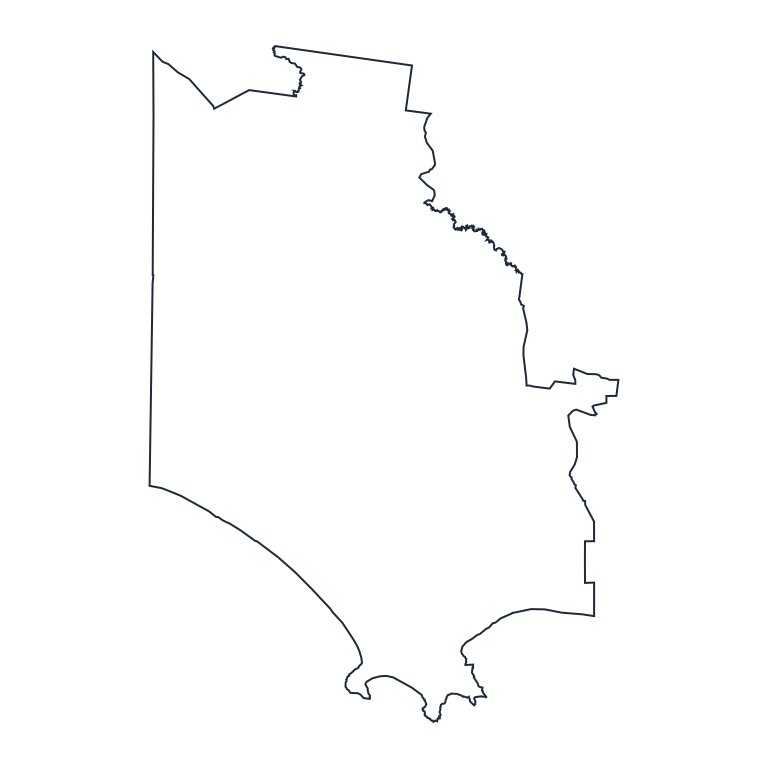 Glenelg, Victoria, Australia
{"feature_id": "25037944B68247262621131", "entity_name": "Glenelg", "entity_type": "district", "adm_level": 2, "iso_a3": "AUS", "parent_name": "Australia", "parent_adm1": "Victoria", "projection": "mercator", "projection_center": [141.502, -37.891], "detail": "fine", "context": "isolated", "style": "outline", "palette": "slate", "viewbox_px": 768, "rotation_deg": 0, "n_neighbors": 0, "source": "geoboundaries", "source_scale": "gbopen_adm2", "svg_char_len": 6056}
<svg xmlns="http://www.w3.org/2000/svg" viewBox="0 0 768 768"><path d="M412.0,65.5L275.1,46.1L274.5,47.7L273.6,47.4L273.0,48.4L274.0,48.8L273.2,50.2L274.5,51.1L273.8,52.4L274.8,53.3L274.5,55.1L275.0,55.9L280.8,57.7L283.4,56.7L285.5,57.3L286.3,59.1L288.6,58.8L289.7,61.8L291.3,63.0L295.0,63.6L297.3,67.0L299.3,67.2L301.2,68.7L301.4,69.4L300.1,72.1L300.3,73.0L303.7,73.6L304.4,74.4L304.3,75.1L302.2,76.1L299.9,79.7L301.1,82.1L300.6,83.7L299.8,83.4L299.7,84.3L301.5,85.4L299.4,86.6L300.0,88.2L298.9,88.4L298.5,91.5L297.9,91.9L297.3,90.7L297.5,91.9L296.2,92.1L295.2,90.9L294.1,90.8L294.5,91.2L293.6,92.5L293.6,94.3L295.5,95.5L296.2,95.3L296.2,96.5L249.1,90.1L214.2,108.7L213.3,106.1L189.2,79.0L178.1,72.5L168.2,64.0L162.6,61.8L153.2,52.0L153.5,116.3L152.7,274.9L153.4,275.2L152.6,283.1L149.6,485.8L161.9,488.2L180.4,495.6L209.1,511.4L215.8,516.8L218.3,517.2L223.2,520.6L229.5,523.5L240.2,530.1L254.9,540.7L257.1,541.4L278.4,557.5L295.3,572.4L311.6,588.8L330.0,608.4L333.0,612.6L342.3,622.7L353.1,639.0L356.9,645.5L359.3,650.9L361.4,658.1L362.0,662.7L361.3,664.1L359.0,666.1L358.3,667.9L355.0,669.4L351.2,673.2L349.2,674.3L349.2,675.8L347.6,676.4L347.0,678.7L346.2,679.5L346.6,680.8L345.7,682.4L345.5,686.8L346.3,687.6L346.7,688.9L348.8,690.5L350.5,692.9L357.8,693.2L360.6,694.7L363.7,698.1L369.7,698.9L370.1,698.0L369.6,697.0L370.0,695.7L368.5,693.6L367.6,689.9L367.8,688.7L365.5,684.5L365.5,683.5L366.6,681.8L372.4,678.3L380.0,676.3L386.4,675.9L393.2,677.4L411.9,687.7L421.8,695.0L422.5,697.3L423.8,698.7L424.0,699.7L424.6,699.7L426.3,704.3L424.9,707.0L422.8,708.1L423.2,709.6L422.7,709.7L422.8,710.5L424.7,711.7L424.9,713.4L424.6,714.5L425.2,714.8L425.2,715.8L427.3,717.1L427.5,717.9L430.0,718.6L430.3,719.1L430.0,719.2L431.6,720.7L432.9,720.7L433.4,721.9L435.5,720.5L437.1,721.3L437.7,718.7L438.6,718.7L438.6,718.0L439.5,717.9L439.4,717.4L439.8,717.7L439.8,716.0L440.6,715.3L439.6,711.9L440.4,709.5L440.2,707.2L440.7,706.8L440.8,704.8L442.3,703.8L444.6,703.5L445.3,702.1L445.7,699.6L446.5,698.4L446.7,696.8L448.2,694.8L449.2,694.8L451.3,693.6L456.9,693.9L461.8,695.7L463.0,696.8L463.7,696.4L467.2,697.6L468.8,696.8L468.8,697.6L469.8,699.2L470.0,701.4L474.1,705.3L475.1,704.5L475.4,701.5L474.1,698.3L475.3,697.1L481.6,696.3L482.1,696.7L484.6,696.5L485.5,697.3L486.2,696.9L483.1,692.7L482.7,691.1L481.9,690.6L482.5,687.6L479.5,686.9L478.3,685.8L477.8,683.5L473.8,677.4L474.2,676.9L474.7,677.3L471.9,672.5L472.3,669.6L473.6,666.4L472.4,668.6L473.1,664.6L465.4,665.0L465.5,663.7L466.4,661.9L465.9,660.8L466.3,659.0L465.5,658.3L465.1,657.0L463.8,656.2L461.9,653.7L461.2,651.4L462.3,646.8L466.4,642.1L472.3,638.7L477.0,635.1L479.9,634.0L486.3,628.7L488.9,627.6L492.8,623.2L495.5,622.6L500.6,618.4L511.8,613.5L513.0,612.2L512.5,613.0L531.1,609.1L545.0,609.4L561.9,612.7L582.2,614.3L594.1,616.1L594.1,582.6L585.0,582.9L584.9,559.8L585.0,541.3L594.1,541.2L594.0,521.5L585.2,504.9L585.1,501.0L582.9,500.6L582.8,499.5L575.4,487.9L575.8,485.1L574.2,484.0L573.6,482.1L571.6,479.3L571.7,477.8L569.6,475.4L570.1,472.0L574.7,464.6L577.0,457.2L576.9,441.8L569.8,426.8L568.3,415.5L572.9,410.8L576.2,409.6L590.9,415.0L595.3,415.3L595.3,414.4L596.6,413.9L594.7,411.8L592.5,406.4L593.9,405.5L606.4,402.9L606.4,396.0L616.4,395.9L618.4,379.9L609.7,379.9L606.9,378.6L601.3,377.7L599.3,375.3L596.2,374.2L587.3,374.0L574.0,368.7L573.2,374.9L575.3,380.1L575.3,383.9L555.0,381.4L549.7,388.6L533.0,386.5L529.9,385.6L526.6,385.6L526.1,377.3L523.4,354.8L523.6,346.8L527.3,330.3L526.5,322.8L523.4,309.6L523.2,307.7L523.9,305.9L521.1,304.4L520.3,301.6L519.0,299.8L522.4,274.1L521.6,274.1L520.7,272.8L519.0,272.5L519.1,271.5L518.5,271.5L518.2,270.5L516.7,271.8L516.7,270.5L515.8,270.3L516.7,269.3L515.4,267.3L515.8,266.8L514.9,265.6L514.0,266.5L513.0,265.9L512.3,266.4L510.4,264.5L511.2,263.8L510.9,263.2L510.2,263.8L508.8,263.5L507.4,265.3L506.7,265.1L506.8,264.3L505.9,263.8L506.1,262.7L506.7,262.5L505.1,260.5L505.4,259.1L506.1,259.3L506.6,258.5L505.7,257.6L506.1,256.4L504.5,254.6L503.1,255.5L502.0,255.0L501.9,254.3L503.5,253.3L503.6,252.8L504.1,252.9L504.5,251.8L503.0,251.7L502.3,249.7L499.3,248.0L496.6,249.0L496.1,250.4L494.4,249.7L493.9,247.1L494.3,245.8L493.6,243.1L492.7,241.7L491.7,240.9L491.6,241.9L490.8,241.7L489.4,242.6L489.0,241.6L489.6,240.3L487.5,239.8L487.5,239.4L486.9,239.7L488.3,237.5L486.1,236.3L486.4,233.9L485.6,233.9L485.1,235.0L484.1,234.0L483.4,234.8L482.7,234.6L482.4,233.6L485.0,233.0L484.6,231.7L483.2,231.6L484.1,230.8L483.5,229.9L482.6,229.9L481.9,228.7L480.0,229.2L479.8,229.8L478.6,228.9L478.5,229.9L477.9,230.2L476.8,229.8L477.1,231.0L474.4,231.3L473.2,230.2L473.8,229.6L472.4,228.4L473.0,227.9L472.7,227.3L473.6,227.6L474.2,226.8L473.3,225.9L473.0,226.7L471.5,225.7L470.8,226.4L470.0,226.3L469.6,227.8L468.7,228.2L468.4,227.4L467.7,227.4L467.3,225.4L466.3,225.8L466.7,229.1L465.9,230.0L465.7,228.8L465.0,228.4L465.2,227.8L464.3,227.8L463.7,227.2L462.9,227.7L462.8,226.8L461.9,226.4L461.6,226.8L462.1,227.6L461.0,228.7L461.9,229.5L461.5,230.4L460.1,230.0L459.8,229.2L460.5,228.8L459.8,228.1L459.3,228.6L458.6,228.3L459.0,229.2L458.6,229.6L457.7,229.7L457.5,228.9L456.8,229.3L456.3,228.6L455.3,229.5L453.5,227.2L454.3,226.2L453.8,224.4L455.7,222.0L455.1,221.4L455.1,220.6L454.2,219.9L452.9,220.2L453.0,219.3L452.2,218.9L454.1,217.6L454.6,216.5L454.1,216.1L452.3,217.1L453.1,216.0L452.6,215.6L453.2,215.4L453.2,214.1L451.2,215.5L450.8,214.2L449.3,213.7L448.7,212.6L449.8,211.1L448.4,210.7L448.7,209.6L446.5,209.7L447.0,208.3L446.4,208.0L444.5,208.7L444.2,209.6L443.4,209.2L443.0,210.4L442.1,210.3L441.6,211.7L440.2,212.4L439.9,212.1L440.5,211.5L438.3,211.2L437.2,210.1L436.0,211.2L435.2,210.9L434.3,209.6L432.5,210.0L433.0,207.9L431.4,208.2L431.8,207.0L430.0,204.7L429.4,204.3L427.4,205.1L426.9,203.9L424.3,203.0L424.4,202.4L428.6,200.1L432.1,201.2L434.7,195.5L434.3,191.3L433.6,189.8L426.9,185.0L419.3,177.5L421.3,174.1L429.0,171.7L429.9,169.7L431.9,169.1L434.9,165.0L435.0,163.3L432.8,150.9L426.8,142.7L424.9,136.5L425.9,132.8L424.5,130.4L424.2,127.0L427.4,117.9L430.8,113.7L405.8,110.4L412.0,65.5Z" fill="none" stroke="#1e293b" stroke-width="2"/></svg>